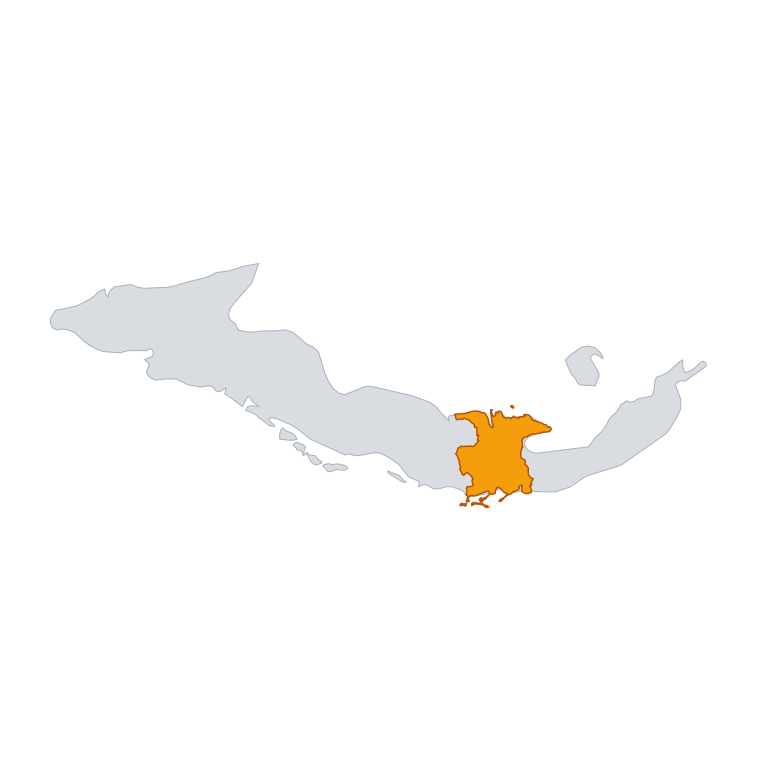 where Matanzas sits in Cuba, rotated 172°
{"feature_id": "CUB-1430", "entity_name": "Matanzas", "entity_type": "Province", "adm_level": 1, "iso_a3": "CUB", "parent_name": "Cuba", "parent_adm1": "", "projection": "equal_earth", "projection_center": [-81.101, 22.655], "detail": "fine", "context": "in_parent", "style": "filled", "palette": "amber", "viewbox_px": 768, "rotation_deg": 172, "n_neighbors": 0, "source": "natural_earth", "source_scale": "10m", "svg_char_len": 9778}
<svg xmlns="http://www.w3.org/2000/svg" viewBox="0 0 768 768"><g transform="rotate(172 384 384)"><path d="M244.3,255.5L259.8,259.2L272.4,258.1L278.5,256.0L277.9,258.2L283.4,263.7L285.5,264.1L293.6,261.3L314.9,260.2L317.1,261.8L320.8,267.1L326.2,270.4L331.9,273.0L337.7,273.6L343.6,272.5L349.1,273.1L356.0,278.3L358.1,278.9L364.3,277.5L362.5,282.2L372.9,289.0L380.5,302.2L386.0,307.6L391.9,312.4L396.9,315.8L402.4,317.3L419.1,316.7L423.1,317.1L426.7,319.0L430.0,319.7L432.0,319.0L464.5,339.6L474.9,350.6L481.3,356.3L495.0,364.6L500.4,366.4L503.3,365.3L502.7,363.5L498.7,358.9L498.1,357.2L503.2,358.6L512.6,368.0L515.2,371.4L519.8,374.6L524.5,376.9L522.3,380.6L518.5,380.9L511.3,379.4L517.1,385.4L518.1,389.7L520.8,390.1L524.8,385.3L527.3,381.3L537.6,391.7L543.1,396.5L541.7,399.3L541.3,402.0L547.4,399.5L549.7,399.7L552.0,401.2L554.5,405.7L560.2,406.7L566.0,406.6L577.8,410.3L589.0,417.8L599.4,419.4L610.0,419.6L615.4,423.6L617.7,429.0L615.2,432.8L613.8,436.7L617.8,441.6L609.2,443.7L608.1,446.6L608.5,449.8L610.3,451.5L615.1,450.0L622.2,451.3L633.4,452.6L640.9,451.6L656.1,454.9L660.8,456.7L669.9,462.9L674.1,467.0L683.3,478.1L691.1,482.4L697.8,483.5L700.1,482.8L704.1,485.5L706.0,490.4L705.1,495.5L699.3,502.6L689.7,503.0L676.3,504.4L663.5,508.9L657.2,512.4L654.4,514.8L647.6,517.0L647.1,515.1L647.2,512.8L645.4,508.4L643.9,512.3L641.4,515.2L637.1,517.7L621.4,517.8L615.1,514.5L608.6,512.2L584.9,509.9L579.2,510.1L563.5,512.5L547.6,513.9L541.0,515.4L534.5,517.7L521.7,517.6L506.6,520.2L491.5,520.7L501.0,502.4L521.3,484.8L525.1,481.1L527.8,476.2L528.4,472.6L527.5,469.4L522.6,463.9L521.6,459.9L520.1,457.2L513.0,454.9L505.9,453.5L498.3,453.5L482.5,451.6L474.1,451.4L466.9,447.7L455.0,434.4L449.4,430.7L446.6,427.7L444.3,424.2L441.4,404.7L439.0,395.3L435.4,387.2L429.9,381.0L424.2,378.9L402.3,384.2L397.2,383.4L392.3,381.6L359.2,369.0L345.5,362.0L340.0,358.6L335.2,353.7L330.3,345.7L324.8,338.5L324.8,341.4L324.0,343.3L296.4,344.1L292.0,342.5L289.1,340.5L287.1,337.6L285.6,331.8L283.0,326.9L282.2,332.1L280.8,336.9L277.1,339.6L272.9,340.0L267.8,333.6L245.4,332.3L243.4,331.3L236.1,325.1L229.8,317.3L236.1,314.6L249.0,311.0L251.7,308.6L253.4,305.6L252.2,301.0L249.7,297.8L247.0,295.8L244.1,294.6L240.3,294.1L190.6,293.3L187.7,295.7L183.2,300.8L174.3,307.2L168.5,314.0L166.3,317.4L163.6,319.9L157.4,324.1L152.2,330.5L145.8,333.4L142.3,331.6L138.9,331.7L136.4,333.2L133.8,334.0L121.0,334.7L119.1,336.4L117.3,341.0L115.1,349.9L113.2,352.9L106.7,354.0L100.6,356.5L88.1,365.0L84.9,366.3L85.6,360.0L85.1,353.9L81.6,353.7L77.6,354.7L74.2,356.4L68.0,361.0L64.9,362.1L62.0,359.8L62.6,356.8L83.3,345.9L85.6,345.0L89.2,345.9L92.8,345.5L95.6,342.4L92.3,327.9L93.7,318.0L98.5,310.4L108.1,298.9L112.7,295.1L159.7,271.0L164.5,269.8L195.0,265.0L199.6,263.3L213.8,256.2L228.6,253.3L244.3,255.5ZM200.8,382.7L195.2,386.9L183.3,392.9L176.9,393.1L170.5,390.9L166.1,385.9L163.6,380.9L163.8,378.6L167.8,382.5L171.3,384.5L174.1,383.2L176.1,381.0L169.7,365.1L170.0,361.7L175.2,352.9L189.3,355.6L191.7,357.1L193.7,362.7L196.8,367.0L200.4,378.7L200.8,382.7ZM435.3,304.2L443.5,305.9L449.0,304.6L451.9,305.3L455.9,311.9L452.4,312.8L449.6,312.8L447.6,311.6L440.2,311.2L435.4,309.3L432.7,307.7L431.4,305.7L435.3,304.2ZM492.9,352.2L490.5,354.7L487.8,351.1L483.7,349.3L479.1,345.4L477.9,341.3L481.8,341.0L486.6,341.7L495.0,344.0L494.3,348.6L492.9,352.2ZM471.4,325.5L470.1,326.9L466.9,323.9L462.2,322.6L459.4,318.0L456.8,316.2L456.6,314.5L460.9,313.4L463.9,313.8L467.3,317.4L469.3,323.9L471.4,325.5ZM480.3,338.1L478.3,338.4L472.3,335.0L470.5,332.3L472.6,328.5L473.0,324.5L473.8,324.2L474.8,329.1L479.4,331.2L479.6,332.3L482.4,336.4L480.3,338.1ZM392.4,295.3L392.5,297.4L382.0,291.5L377.5,285.4L375.7,284.0L378.6,283.9L392.4,295.3Z" fill="#d9dde1" stroke="#a8b0b8" stroke-width="1"/><path d="M253.4,255.9L254.9,256.0L255.9,255.8L256.7,255.3L257.3,255.7L258.7,255.8L259.5,255.9L259.9,256.2L261.0,257.2L262.2,258.1L262.4,259.7L262.2,261.6L261.9,263.0L261.6,263.6L261.2,263.9L261.2,264.1L261.9,264.6L262.6,264.7L263.3,264.5L264.2,264.0L264.4,263.6L264.8,261.7L265.0,261.0L265.5,260.5L265.9,260.3L266.5,260.3L271.5,259.2L272.1,258.8L272.8,258.0L274.2,257.4L277.0,256.9L277.9,256.5L280.1,255.2L281.6,253.8L284.2,251.9L285.2,251.5L286.3,252.1L285.5,253.0L283.8,253.8L281.1,254.7L277.9,257.1L277.0,258.0L277.0,258.5L279.7,259.4L283.1,264.3L285.2,265.7L286.4,265.7L286.9,265.3L287.3,264.5L288.2,263.2L288.5,262.5L289.1,260.6L289.4,260.2L290.1,260.1L291.7,259.6L294.2,260.2L294.6,260.2L294.8,260.0L294.9,260.3L294.9,261.6L295.4,263.3L296.5,263.7L297.8,263.4L299.0,263.0L308.4,260.7L309.8,260.7L312.6,261.4L314.1,261.3L315.3,260.7L316.5,259.5L316.8,258.0L315.7,256.4L316.5,256.0L317.3,255.8L318.0,256.0L318.6,256.4L318.6,256.9L318.1,257.5L316.5,261.3L318.2,262.9L318.3,263.0L317.9,263.2L316.9,265.5L316.8,267.3L316.8,268.1L316.8,269.5L316.5,270.1L316.1,270.5L315.5,270.8L315.1,270.8L314.8,270.7L314.3,270.3L313.9,270.1L313.3,270.2L312.4,270.6L310.7,270.6L310.4,270.8L310.2,271.1L310.0,271.9L310.0,272.5L310.0,273.4L310.3,275.3L310.2,276.4L309.8,277.0L309.5,277.4L309.1,277.7L309.0,278.0L309.6,278.6L309.7,278.8L309.8,279.3L309.9,279.7L310.1,280.1L310.7,280.9L311.4,282.3L311.7,282.6L312.7,283.4L313.9,284.7L314.8,284.6L315.3,284.4L316.4,283.3L317.6,282.8L318.2,282.8L318.6,283.0L318.8,283.3L319.4,285.0L319.8,286.6L320.7,288.5L320.8,289.1L320.8,289.6L319.9,290.1L319.6,290.7L319.5,291.1L319.6,291.5L320.0,292.1L320.3,292.6L320.4,293.1L320.4,293.8L320.1,297.6L320.2,298.2L320.9,299.5L321.0,301.1L321.2,301.9L321.5,302.7L321.8,303.2L322.7,305.0L321.5,306.0L321.3,306.4L320.0,309.4L319.3,310.4L318.2,310.7L316.5,311.6L316.1,311.6L315.3,311.3L309.8,310.6L308.4,310.7L307.9,310.7L304.9,309.7L304.3,309.7L303.8,309.8L302.3,311.0L300.7,312.1L299.5,313.5L298.8,314.2L298.3,314.8L298.3,315.0L298.5,315.1L299.1,315.3L299.2,315.5L299.1,315.8L298.5,317.7L297.6,319.5L297.5,320.0L297.9,320.1L298.7,319.8L298.9,319.8L299.2,320.0L299.3,320.4L299.2,320.8L298.8,321.6L298.6,322.1L298.5,322.5L298.8,323.4L298.8,323.8L298.7,324.4L298.4,325.5L298.2,326.8L298.4,328.0L298.5,328.2L298.6,328.4L298.9,328.5L299.8,328.3L300.1,328.3L300.4,329.3L300.4,329.9L300.2,331.4L302.7,333.6L303.4,334.5L304.1,335.7L306.0,337.1L308.1,338.2L308.9,338.8L309.3,339.0L309.5,339.0L310.0,338.4L310.3,338.3L311.7,338.2L312.2,338.1L312.5,338.3L312.9,338.8L313.2,338.9L313.7,338.9L314.6,338.6L315.8,338.4L316.5,338.5L316.9,338.6L317.3,339.2L317.6,339.9L317.6,340.3L317.7,341.7L317.8,342.6L317.9,343.1L318.4,344.0L315.7,344.1L308.3,343.5L299.7,344.7L294.6,344.0L293.4,343.5L291.2,342.1L288.8,341.5L287.9,340.7L287.3,339.5L285.8,335.4L285.6,334.6L285.5,333.4L286.0,330.0L285.7,329.7L284.1,326.7L283.3,326.0L282.5,325.8L281.8,326.1L281.4,326.9L281.5,327.9L282.3,331.4L282.3,341.1L281.9,343.5L280.6,343.4L281.5,341.7L281.2,339.2L280.4,336.8L279.8,336.3L278.2,337.0L277.8,337.4L277.6,338.0L277.7,339.5L277.4,340.1L276.7,340.5L276.2,340.3L275.8,339.8L275.3,339.6L274.9,340.0L274.8,340.5L274.7,341.0L273.9,341.2L271.8,340.0L270.5,334.7L268.2,333.5L265.3,333.5L264.6,333.2L263.5,332.2L262.9,332.0L262.4,332.2L261.5,333.2L260.8,333.5L260.7,333.6L260.4,334.0L260.0,334.1L259.8,333.9L259.7,333.2L259.4,333.0L256.9,332.0L255.9,331.3L255.2,331.3L254.9,332.2L254.3,332.5L253.0,332.6L251.6,332.4L250.8,332.0L250.4,332.0L250.3,332.9L249.9,333.2L248.8,333.0L249.0,333.5L249.2,334.1L248.5,334.1L245.8,333.6L244.9,333.2L243.4,331.2L242.9,330.0L242.7,328.9L241.6,327.5L233.2,323.3L232.3,322.7L231.4,321.7L230.9,321.4L229.7,321.2L229.2,321.0L228.9,320.5L228.2,319.1L228.2,318.7L227.4,318.8L226.3,318.6L225.3,318.0L224.7,316.6L225.0,315.4L225.8,314.6L227.4,313.8L234.3,314.1L236.5,313.4L238.1,313.7L239.9,313.5L241.0,313.3L242.6,313.8L243.9,313.9L247.0,313.3L249.4,312.0L250.0,312.2L250.7,311.8L251.8,311.8L253.3,311.3L254.7,309.6L255.3,309.3L255.2,307.7L255.4,306.9L255.3,305.7L255.8,303.4L255.8,302.6L255.3,302.4L255.5,302.0L255.7,301.9L256.2,301.4L256.9,299.9L257.5,299.1L257.8,298.4L258.0,297.8L258.1,297.2L258.6,293.2L258.5,292.0L257.5,290.9L255.2,289.2L254.9,288.5L254.9,287.2L255.6,285.2L255.6,284.7L255.3,284.3L254.6,283.6L253.6,282.5L252.7,280.4L253.4,277.4L253.7,274.8L253.6,274.0L252.9,272.7L251.9,271.2L251.4,270.6L251.0,270.2L250.6,270.0L249.9,269.9L249.7,269.8L249.6,269.5L250.0,268.4L250.3,268.0L251.5,267.0L252.1,266.0L252.3,265.9L252.4,265.7L252.2,265.0L251.7,264.5L251.6,264.2L251.7,263.8L252.2,263.1L252.5,262.9L252.8,262.9L253.3,263.3L253.6,263.3L253.5,261.7L252.7,257.6L253.3,256.6L253.4,255.9ZM304.3,254.2L304.7,254.2L305.3,255.4L305.7,255.9L305.7,256.3L305.1,256.9L304.1,257.6L303.4,257.6L302.8,257.2L302.1,256.9L300.1,257.2L298.7,257.8L295.7,259.6L296.4,258.7L300.0,255.8L301.1,255.5L302.2,255.5L303.5,255.9L302.7,254.2L303.1,253.7L303.4,254.2L304.3,255.3L304.3,254.2ZM324.3,253.1L325.0,252.8L325.4,252.8L325.5,253.4L325.4,254.0L324.1,255.0L323.5,254.9L322.4,254.4L321.2,253.9L320.2,254.2L320.0,253.7L319.7,253.7L319.0,254.2L319.2,253.1L319.6,252.4L320.2,252.1L321.2,252.0L321.4,252.2L321.9,252.9L322.2,253.1L322.8,253.2L324.3,253.1ZM307.4,252.0L311.2,252.5L311.2,252.8L311.2,253.2L310.8,253.4L310.4,253.1L310.0,253.1L309.7,253.6L309.5,253.8L308.2,253.1L307.5,252.8L307.1,252.7L306.0,252.8L305.4,252.8L303.7,252.0L303.1,251.8L302.6,251.1L302.3,250.9L302.5,250.5L303.7,250.6L305.4,251.4L307.4,252.0ZM301.3,248.5L301.5,248.6L301.7,249.3L301.3,250.0L300.6,249.8L299.9,249.5L299.2,249.4L298.6,249.1L298.0,248.2L297.5,247.9L297.9,247.5L299.2,247.3L300.9,248.5L301.3,248.5ZM260.9,343.1L261.3,343.7L261.4,344.8L261.0,344.8L260.3,344.4L259.7,344.4L259.4,344.3L259.1,343.8L258.9,343.2L258.9,342.5L259.3,342.2L260.0,342.4L260.9,343.1ZM313.8,251.5L313.9,251.8L314.1,252.4L313.9,253.0L313.5,253.0L313.4,253.6L313.1,253.7L312.4,253.5L312.0,253.8L311.8,254.3L311.6,254.1L311.6,253.1L312.2,252.2L313.2,251.7L313.8,251.5Z" fill="#f59e0b" stroke="#b45309" stroke-width="1.5"/></g></svg>